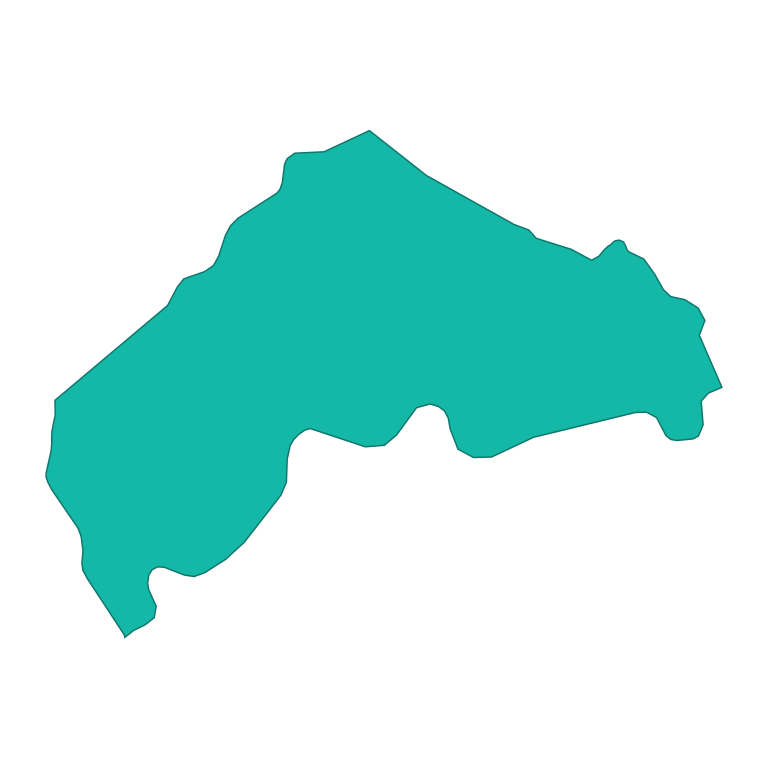 an SVG outline of Ancona
{"feature_id": "ITA-5427", "entity_name": "Ancona", "entity_type": "Province", "adm_level": 1, "iso_a3": "ITA", "parent_name": "Italy", "parent_adm1": "", "projection": "robinson", "projection_center": [13.168, 43.479], "detail": "fine", "context": "isolated", "style": "filled", "palette": "teal", "viewbox_px": 768, "rotation_deg": 0, "n_neighbors": 0, "source": "natural_earth", "source_scale": "10m", "svg_char_len": 1446}
<svg xmlns="http://www.w3.org/2000/svg" viewBox="0 0 768 768"><path d="M369.4,130.6L426.4,175.5L514.0,224.5L528.8,230.0L536.2,238.3L571.4,249.4L591.5,260.2L598.8,256.3L604.5,249.5L608.6,245.8L610.7,244.9L612.3,243.0L614.7,241.0L619.1,240.1L623.5,241.9L625.7,246.1L627.2,250.3L629.6,252.2L643.9,259.1L654.8,274.4L663.4,289.7L670.7,296.6L684.9,299.7L698.2,308.1L704.9,320.5L699.3,335.2L721.9,387.3L708.2,393.2L701.2,401.2L703.1,424.8L698.4,436.1L693.0,438.9L676.8,440.5L670.7,439.4L665.9,435.5L656.6,417.6L646.5,412.2L635.2,412.5L533.5,437.3L491.6,457.0L473.5,457.5L458.0,449.2L450.1,428.7L448.3,418.1L444.5,411.0L438.6,406.5L430.0,404.0L416.5,407.7L396.5,435.1L384.3,445.3L365.3,446.8L310.1,428.5L304.7,430.2L298.8,434.3L293.6,439.7L290.3,445.2L287.2,458.9L286.4,482.1L280.9,495.2L244.5,542.0L225.8,559.2L204.9,572.6L194.3,576.5L184.5,575.1L164.1,567.2L157.4,566.9L152.1,569.7L148.7,575.3L147.6,583.5L148.8,590.0L156.2,606.3L154.2,617.7L145.1,624.8L133.7,630.4L124.8,637.4L124.3,634.9L87.4,578.7L82.8,570.1L81.9,563.1L83.0,550.8L81.2,536.9L79.5,531.8L77.8,527.8L51.7,489.6L48.0,482.5L46.1,476.9L46.2,472.9L51.1,450.9L51.8,442.9L51.6,439.0L51.9,431.5L54.3,419.3L55.2,415.8L55.0,400.3L167.6,305.5L177.5,286.8L183.9,278.8L204.5,271.7L213.4,265.6L218.6,256.4L225.5,235.2L230.6,225.7L238.5,217.9L277.1,193.0L280.1,189.1L282.3,182.7L284.6,164.1L287.2,158.6L294.8,153.2L324.0,151.8L369.4,130.6Z" fill="#14b8a6" stroke="#0f766e" stroke-width="1.5"/></svg>